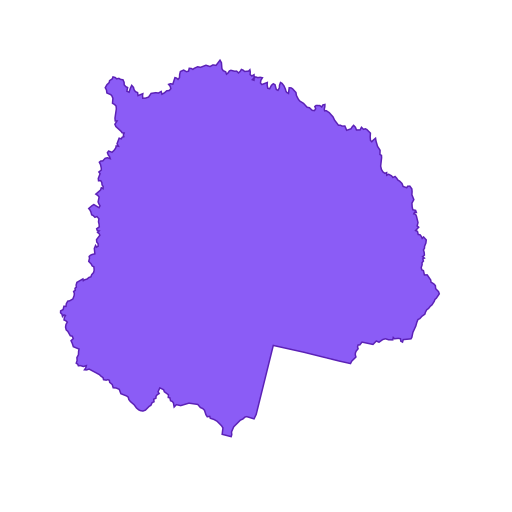 Padre Bernardo, Goiás, Brazil (Natural Earth projection), rotated 14°
{"feature_id": "56859067B81669958335053", "entity_name": "Padre Bernardo", "entity_type": "district", "adm_level": 2, "iso_a3": "BRA", "parent_name": "Brazil", "parent_adm1": "Goiás", "projection": "natural_earth1", "projection_center": [-48.332, -15.373], "detail": "fine", "context": "isolated", "style": "filled", "palette": "violet", "viewbox_px": 512, "rotation_deg": 14, "n_neighbors": 0, "source": "geoboundaries", "source_scale": "gbopen_adm2", "svg_char_len": 5929}
<svg xmlns="http://www.w3.org/2000/svg" viewBox="0 0 512 512"><g transform="rotate(14 256 256)"><path d="M275.6,437.3L275.7,435.2L274.8,432.6L275.7,427.1L280.5,419.1L282.7,417.3L284.4,414.8L285.9,414.1L293.5,414.5L294.5,409.7L294.4,338.6L325.8,337.8L362.1,337.8L373.7,337.5L374.3,334.9L377.4,329.8L376.3,328.0L375.9,326.0L376.2,324.1L377.5,321.3L376.5,319.6L376.6,317.6L378.2,317.2L379.7,313.9L390.9,313.5L393.3,309.4L396.2,309.9L399.2,306.4L401.6,305.0L404.9,305.2L409.0,304.3L408.9,301.9L410.4,302.8L414.0,301.5L416.2,301.3L417.1,303.6L419.0,304.1L419.1,301.5L426.4,298.9L426.9,297.2L426.7,292.2L428.0,285.3L428.1,281.5L428.5,278.5L430.1,277.1L431.6,274.3L433.9,271.6L434.0,269.4L434.7,266.8L436.1,265.2L437.2,262.7L438.6,260.8L439.9,256.9L440.1,254.9L441.2,253.3L443.0,248.4L441.7,246.4L438.2,244.2L437.2,241.3L435.4,240.1L432.1,239.0L431.3,237.0L426.7,232.9L424.0,233.6L422.0,229.7L420.2,229.3L419.1,227.3L419.3,224.3L418.7,222.3L419.7,220.4L418.5,218.5L419.9,217.3L417.8,216.4L419.2,214.4L418.3,211.8L417.0,209.6L417.6,207.7L417.2,205.9L417.7,202.3L417.3,199.2L414.0,197.0L413.0,198.7L411.7,197.0L410.0,195.7L408.2,195.9L406.7,193.0L404.7,192.7L406.9,188.7L405.1,187.9L405.1,184.4L402.0,178.5L400.7,176.9L398.9,176.9L399.3,175.1L401.0,174.9L399.8,173.1L397.0,173.2L395.7,170.7L394.5,167.0L395.5,163.1L392.4,158.8L391.9,155.9L391.0,153.2L388.4,151.0L386.3,151.6L385.7,153.3L381.9,152.9L380.1,150.3L377.3,148.6L375.3,148.0L373.7,146.5L371.7,145.2L369.8,146.7L368.1,145.4L364.9,144.6L363.3,146.0L362.6,143.5L361.1,144.6L358.8,143.7L356.7,141.6L355.2,138.6L354.1,130.3L353.4,128.0L351.7,127.5L350.8,123.4L347.4,120.2L344.7,115.6L343.5,112.8L341.8,115.1L340.7,117.1L339.1,116.1L338.0,112.9L337.3,109.1L333.0,106.5L331.3,106.1L329.7,107.1L327.2,105.6L326.5,108.5L323.0,109.4L321.3,107.0L319.1,105.6L318.1,107.4L317.4,109.6L313.6,112.1L310.8,108.4L308.1,109.1L306.2,108.7L304.4,109.2L299.3,105.1L297.1,102.4L292.4,99.2L289.0,98.0L287.5,98.5L286.7,97.0L286.7,94.7L286.2,92.3L284.4,93.2L283.7,95.5L281.5,94.6L277.9,95.4L276.9,96.7L278.3,98.7L277.5,100.8L275.3,101.1L272.0,99.2L269.6,99.3L265.2,96.4L261.1,95.1L259.3,93.8L256.4,90.5L255.2,87.7L251.0,84.9L249.4,84.4L247.5,84.7L248.2,90.4L246.2,89.8L245.0,88.6L244.2,87.0L242.0,84.2L239.5,82.2L237.8,81.7L237.5,84.7L238.0,87.2L237.2,90.0L235.4,89.5L233.0,85.2L231.1,84.7L229.7,86.6L228.8,90.4L226.8,90.4L225.5,87.5L225.0,84.9L220.2,88.2L218.5,87.1L218.2,84.4L219.1,81.5L216.8,81.6L214.6,82.5L212.4,82.3L211.1,83.6L210.2,80.6L208.4,82.3L206.4,81.4L205.9,78.8L205.0,76.8L204.1,78.4L200.3,79.7L198.6,78.8L196.7,78.5L196.0,80.7L194.7,82.6L192.5,81.3L190.6,81.9L186.7,81.9L185.4,82.9L184.5,85.3L183.4,86.7L182.0,84.6L179.3,84.1L177.6,82.5L175.7,76.8L173.7,74.7L171.1,80.7L168.0,81.0L165.5,83.3L161.3,83.0L156.5,86.4L153.6,86.5L150.7,88.8L149.6,90.2L148.0,89.7L145.8,90.0L145.8,93.0L143.9,94.0L140.8,93.1L138.0,95.3L138.0,98.3L138.6,101.4L137.6,103.5L135.9,102.6L134.2,102.5L133.7,109.4L131.4,109.5L129.7,110.6L131.7,112.1L132.9,114.3L131.8,116.4L129.4,117.3L127.7,119.8L125.6,121.8L124.2,119.3L121.9,121.5L119.2,121.8L114.9,123.6L113.3,127.8L110.5,129.6L108.0,130.3L107.1,127.8L106.9,125.9L102.7,128.9L101.6,126.1L99.3,125.7L97.5,124.2L96.3,122.0L94.1,120.5L93.5,123.7L93.2,127.8L90.8,127.3L90.7,123.6L88.7,123.2L86.7,121.8L86.0,119.4L84.3,117.2L81.8,117.4L80.0,116.8L77.9,117.8L76.3,116.9L73.9,116.8L73.7,118.8L71.5,121.3L71.6,123.2L69.9,125.9L69.0,129.2L70.7,131.0L71.9,133.9L76.1,134.6L77.5,135.6L79.0,137.6L79.8,142.5L82.1,143.2L84.0,144.4L84.9,147.1L85.8,156.3L86.7,159.0L88.5,158.6L87.2,162.3L88.7,164.3L94.8,167.6L96.4,168.9L98.3,168.6L98.0,170.7L98.9,172.2L97.5,173.0L96.9,174.9L94.7,174.8L94.0,180.7L96.0,182.8L93.7,183.0L93.8,185.0L92.8,187.7L91.2,190.2L87.6,189.8L86.8,191.7L88.2,193.7L89.9,195.1L91.0,196.8L88.0,196.6L86.0,197.7L84.3,200.8L82.4,201.4L81.3,202.9L83.0,204.9L84.6,208.1L85.1,210.0L83.2,212.5L84.8,213.9L84.2,218.9L85.0,221.1L87.1,220.5L88.6,222.0L89.4,224.2L90.9,225.6L91.3,227.7L89.4,227.2L89.2,229.6L85.6,234.7L88.0,235.6L89.5,236.8L89.7,241.7L90.9,243.4L92.5,245.0L92.0,247.1L86.2,245.3L84.6,247.0L82.2,250.4L83.7,251.5L85.2,253.3L86.6,255.8L88.4,256.2L90.3,257.4L92.1,256.2L94.5,257.8L94.9,261.0L96.0,263.0L96.9,265.6L94.8,268.1L95.9,269.8L97.7,269.6L96.6,271.5L98.4,272.2L99.5,273.6L97.3,278.7L98.1,281.0L99.8,282.3L100.5,284.6L99.2,286.0L97.8,284.6L97.3,287.8L99.1,292.9L96.7,294.1L95.2,295.3L94.2,296.8L95.0,298.5L95.0,301.7L98.0,303.6L99.5,305.3L101.3,305.7L102.4,308.9L102.4,311.3L101.1,313.8L100.8,316.2L99.1,317.2L97.6,319.3L95.5,320.5L94.4,321.7L93.6,320.1L88.6,324.9L88.5,327.7L89.2,329.7L88.2,331.1L88.9,333.1L87.6,334.5L88.8,336.3L89.1,338.3L88.7,342.0L86.0,344.6L84.3,345.3L83.5,348.0L83.8,350.9L81.8,351.2L81.8,354.6L79.7,356.5L80.1,358.4L81.8,359.4L82.9,361.5L83.9,359.6L85.5,359.8L84.9,362.2L85.2,364.5L87.0,364.8L88.9,365.8L88.2,368.4L88.4,371.1L89.7,373.6L91.6,374.6L95.1,378.3L97.2,378.3L98.7,380.4L97.0,382.9L98.9,385.3L100.7,388.2L106.8,389.1L106.9,391.4L107.6,394.8L106.8,397.8L107.7,400.7L107.5,403.5L109.2,404.1L110.2,405.5L112.3,404.8L115.3,405.0L117.9,403.4L117.9,405.8L117.1,407.9L119.2,407.5L121.4,406.1L132.8,409.0L134.8,410.2L137.0,411.0L138.0,412.9L140.7,412.7L142.2,411.8L143.8,412.1L144.6,414.0L147.6,415.5L149.3,418.4L152.3,417.9L155.6,418.5L158.2,422.3L164.3,423.1L166.2,423.9L167.3,426.0L169.3,427.6L173.7,429.8L176.8,432.4L179.5,433.7L181.3,434.0L183.8,433.8L186.0,432.3L188.8,427.6L190.1,426.4L190.7,423.4L192.3,422.1L191.4,419.7L193.3,418.2L192.9,416.3L193.7,414.5L195.3,412.9L193.8,411.4L194.6,407.2L198.7,408.1L199.9,409.9L204.6,411.8L205.1,414.5L206.7,414.4L208.1,417.1L210.0,417.4L211.4,418.5L213.1,422.3L214.7,419.5L219.1,419.4L226.5,415.0L235.4,414.1L238.7,416.5L241.2,416.9L243.3,418.1L245.8,422.1L247.6,423.8L249.9,422.8L250.9,424.5L254.8,424.8L258.1,425.7L263.7,429.1L265.5,430.8L266.3,437.2L275.6,437.3ZM211.1,83.6L211.5,86.0L209.8,85.8L211.1,83.6Z" fill="#8b5cf6" stroke="#5b21b6" stroke-width="1.5"/></g></svg>